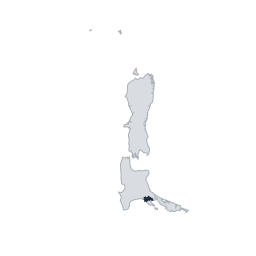 Hauraki District, Waikato, New Zealand shown in context, rotated 146°
{"feature_id": "76426892B20926799897700", "entity_name": "Hauraki District", "entity_type": "district", "adm_level": 2, "iso_a3": "NZL", "parent_name": "New Zealand", "parent_adm1": "Waikato", "projection": "albers", "projection_center": [175.627, -37.294], "detail": "fine", "context": "in_parent", "style": "filled", "palette": "slate", "viewbox_px": 256, "rotation_deg": 146, "n_neighbors": 0, "source": "geoboundaries", "source_scale": "gbopen_adm2", "svg_char_len": 5208}
<svg xmlns="http://www.w3.org/2000/svg" viewBox="0 0 256 256"><g transform="rotate(146 128 128)"><path d="M129.9,103.3L130.9,103.3L135.2,99.9L137.0,99.1L137.4,99.0L136.5,100.0L136.7,100.7L135.8,103.0L136.6,102.7L137.1,101.1L137.6,100.8L137.4,99.9L140.0,100.1L139.2,101.7L137.8,102.7L138.7,102.7L140.6,101.1L140.6,102.0L138.1,104.8L138.9,106.3L138.3,107.5L139.0,107.4L140.0,108.3L139.4,109.5L136.7,112.7L136.3,114.3L133.9,117.2L131.3,122.4L126.4,125.9L127.4,126.8L125.7,128.1L127.1,127.8L128.1,129.8L130.3,130.4L130.5,132.3L129.1,132.8L127.7,132.0L125.6,132.4L126.3,131.6L125.4,131.1L123.9,132.7L121.7,130.9L123.0,133.1L118.8,135.7L117.0,136.0L116.5,137.4L115.4,137.5L116.1,137.9L115.0,144.9L113.8,144.9L115.0,145.6L114.8,146.3L113.5,148.4L111.9,153.7L112.6,154.9L112.6,155.8L109.1,157.3L104.3,163.9L99.7,165.1L97.1,164.5L94.1,165.2L93.4,163.5L92.3,162.6L89.6,162.9L88.1,161.0L87.0,160.6L85.7,161.8L81.4,162.0L80.6,161.8L80.4,161.1L81.8,158.9L80.4,160.2L79.8,160.1L80.3,159.2L80.2,158.3L78.5,159.3L78.4,157.6L82.3,156.1L80.7,156.1L80.5,155.6L82.0,154.1L79.9,154.5L80.1,152.9L81.3,152.8L80.8,151.8L83.2,152.7L82.8,151.7L83.7,151.3L82.0,150.7L81.8,149.5L82.6,148.7L83.7,148.9L82.9,148.0L84.7,146.0L85.2,147.4L85.2,145.3L87.5,143.1L88.5,143.8L88.0,142.0L91.8,137.0L94.0,135.5L95.3,135.7L97.3,134.1L98.3,134.6L97.9,133.5L98.1,133.0L103.4,130.0L103.4,129.1L104.0,128.9L103.6,128.7L106.5,125.6L107.9,125.7L107.0,124.9L108.3,124.1L109.6,124.6L108.8,123.7L110.0,123.1L110.6,123.8L110.6,122.7L112.4,120.2L112.8,122.1L113.0,121.8L112.8,120.0L114.1,117.7L115.1,117.2L114.6,116.5L116.2,109.6L118.3,108.6L120.0,106.5L121.1,102.7L121.4,99.8L122.5,97.6L125.6,94.8L128.2,94.7L126.4,95.0L126.2,96.4L126.8,97.6L128.7,98.4L129.9,103.3ZM126.5,26.8L129.6,31.8L131.1,30.2L131.3,31.3L134.3,32.6L134.8,32.2L137.3,33.4L137.6,35.2L139.3,34.6L141.4,38.4L141.1,39.3L141.8,40.7L140.1,40.8L143.9,46.6L143.4,48.7L144.0,50.0L143.2,52.6L144.7,53.4L145.3,52.8L148.4,54.3L149.2,56.8L150.6,56.7L150.1,50.9L149.2,49.4L149.9,48.5L151.9,51.5L152.7,51.4L153.7,53.9L154.7,59.4L155.9,61.1L155.2,60.8L155.1,61.2L155.7,61.8L161.7,64.6L166.1,65.8L168.7,64.8L170.3,62.6L172.9,61.0L175.2,61.2L177.6,62.7L176.2,65.7L174.9,72.4L172.2,74.2L171.6,77.6L172.0,79.0L171.5,80.1L170.4,78.6L168.1,78.1L164.2,79.7L163.1,81.4L162.9,83.5L164.4,84.9L162.0,90.3L160.6,91.9L154.5,102.2L148.7,106.7L148.0,106.3L147.5,104.6L145.0,104.6L145.2,102.6L144.9,102.4L144.0,103.5L142.9,103.1L147.4,95.5L148.2,91.8L147.3,89.8L146.0,88.0L142.2,86.4L140.2,84.5L136.6,83.0L135.5,82.1L135.0,80.9L135.7,78.9L137.7,77.6L140.6,76.8L142.3,74.7L143.3,68.4L144.4,66.1L144.0,64.6L145.1,63.6L143.3,59.5L143.6,58.3L143.1,58.1L142.0,55.6L142.6,55.5L143.3,56.9L143.9,55.7L145.1,55.4L143.7,53.8L142.1,54.3L141.0,53.8L140.1,51.4L138.3,48.7L138.8,48.7L140.2,50.0L140.7,48.9L139.8,47.4L140.1,45.9L138.9,45.0L138.8,46.0L136.8,44.6L135.6,42.2L135.7,43.4L138.0,46.9L137.4,47.6L137.0,47.3L130.9,38.1L132.9,35.5L131.7,36.0L130.6,37.6L130.0,37.0L129.6,35.8L128.1,34.3L128.7,33.4L128.7,32.2L124.0,25.9L127.2,25.6L126.5,26.8ZM90.8,166.5L92.5,168.7L91.6,168.6L91.7,169.1L93.3,169.4L93.3,170.5L87.9,173.0L89.7,168.9L89.4,166.6L90.8,166.5ZM81.2,212.1L81.8,213.5L80.1,212.9L79.2,213.3L80.4,211.8L80.4,210.2L81.7,210.3L81.2,212.1ZM150.4,45.1L150.7,46.8L148.8,45.5L148.7,44.6L149.2,43.9L150.4,45.1ZM136.7,98.4L135.5,99.1L135.8,97.6L137.1,96.7L136.7,98.4ZM80.1,155.7L80.1,156.5L78.5,156.4L79.6,155.3L80.1,155.7ZM104.8,229.6L105.2,230.2L104.5,230.4L103.7,229.7L104.8,229.6ZM81.5,150.2L82.0,151.5L80.9,151.0L81.5,150.2Z" fill="#d9dde1" stroke="#a8b0b8" stroke-width="1"/><path d="M150.6,56.3L150.3,56.5L150.2,56.6L149.9,56.8L149.7,56.9L149.4,56.9L149.4,57.0L149.3,56.9L149.2,56.9L148.8,56.8L148.7,56.7L148.5,57.0L148.5,57.3L148.8,58.1L149.0,58.4L149.1,58.6L149.1,58.8L149.2,59.0L149.3,59.0L149.3,59.3L149.5,59.2L149.5,59.3L149.4,59.3L149.6,59.4L149.7,59.5L150.0,59.4L150.4,59.3L150.4,59.2L150.5,59.2L150.4,59.2L151.0,59.2L151.4,59.2L151.5,59.2L151.4,59.3L151.5,59.4L151.5,59.5L151.8,59.5L152.0,59.7L152.6,59.7L152.6,59.8L152.5,60.0L152.5,60.3L152.5,60.5L152.6,60.4L153.1,60.8L153.1,60.7L153.2,60.4L153.0,60.2L153.1,59.9L153.3,59.8L153.5,60.1L153.9,60.0L153.8,59.9L153.7,59.7L153.6,59.8L153.5,59.7L153.7,59.4L153.8,59.5L154.0,59.3L154.0,59.2L153.9,59.2L154.1,59.0L154.0,58.9L154.1,58.7L154.0,58.8L154.0,58.7L154.3,58.4L154.2,58.4L154.3,58.3L154.2,58.3L154.2,58.2L154.1,57.9L154.0,57.7L153.9,57.7L153.8,57.4L153.8,57.2L153.7,57.0L153.4,57.2L153.3,57.3L153.2,57.4L153.2,57.5L152.9,57.6L152.7,57.7L152.4,57.7L152.4,57.8L152.4,57.7L152.2,57.7L152.1,57.8L152.1,57.7L152.0,57.8L151.9,57.8L151.9,57.7L151.7,57.7L151.7,57.8L151.6,57.7L151.6,57.8L151.6,57.7L151.4,57.6L151.2,57.6L151.2,57.4L151.3,57.2L151.1,57.1L150.9,57.2L150.9,56.9L150.8,56.7L150.7,56.4L150.6,56.3ZM148.6,56.5L148.6,56.4L148.5,56.2L148.5,55.9L148.4,55.9L148.5,55.9L148.4,55.8L148.4,55.7L148.5,55.5L148.5,55.4L148.4,55.4L148.5,55.4L148.4,55.3L148.4,55.2L148.5,55.1L148.4,55.0L148.4,54.9L148.4,54.7L148.1,54.7L148.2,54.9L148.1,55.0L147.9,55.2L147.9,55.4L148.0,55.4L148.0,55.7L147.9,55.7L147.7,55.7L147.7,55.8L147.8,55.8L147.9,56.0L148.0,56.0L148.1,56.4L148.1,56.5L148.3,56.6L148.5,56.5L148.6,56.5Z" fill="#64748b" stroke="#1e293b" stroke-width="1.5"/></g></svg>